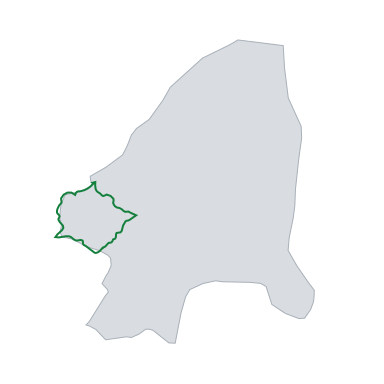 Cankuzo on a map of Burundi (Albers equal-area conic projection), rotated 186°
{"feature_id": "BDI-2632", "entity_name": "Cankuzo", "entity_type": "Province", "adm_level": 1, "iso_a3": "BDI", "parent_name": "Burundi", "parent_adm1": "", "projection": "albers", "projection_center": [30.587, -3.141], "detail": "fine", "context": "in_parent", "style": "outline", "palette": "green", "viewbox_px": 384, "rotation_deg": 186, "n_neighbors": 0, "source": "natural_earth", "source_scale": "10m", "svg_char_len": 2368}
<svg xmlns="http://www.w3.org/2000/svg" viewBox="0 0 384 384"><g transform="rotate(186 192 192)"><path d="M283.5,48.7L280.6,52.5L267.3,79.8L264.7,83.8L266.2,86.4L271.9,91.5L268.6,100.1L267.2,102.4L264.7,110.4L266.1,117.8L269.3,120.5L277.9,124.0L290.9,126.6L306.2,132.7L316.5,133.8L318.9,138.2L318.4,146.1L321.0,153.0L321.0,165.2L317.9,176.0L302.2,181.1L294.1,186.6L291.9,189.4L293.9,192.6L294.9,197.0L280.1,207.7L264.9,221.7L261.2,231.2L258.2,242.4L253.7,249.5L242.1,259.8L230.3,280.6L224.5,294.0L195.5,326.3L169.7,342.5L162.2,348.0L116.6,347.1L113.0,325.3L106.1,295.6L90.3,268.7L88.6,257.5L89.3,235.9L89.4,205.4L88.3,189.0L88.6,177.1L90.6,156.3L90.3,143.9L80.0,129.6L67.1,114.5L60.1,107.0L59.7,101.0L59.7,95.5L61.8,87.4L66.8,78.3L72.4,77.3L86.3,80.9L100.8,88.5L108.5,105.8L114.4,108.3L125.1,108.2L152.4,105.9L159.1,106.2L171.6,102.1L183.9,94.8L187.4,87.2L190.3,70.3L192.9,39.9L199.2,39.5L216.4,50.4L220.1,51.1L223.7,50.7L229.7,45.3L237.0,41.0L242.4,41.1L262.4,36.0L273.2,45.2L280.0,48.0L283.5,48.7Z" fill="#d9dde1" stroke="#a8b0b8" stroke-width="1"/><path d="M274.1,127.7L274.1,127.8L274.8,127.5L277.7,123.5L279.4,122.1L281.4,121.3L282.6,121.5L292.0,127.2L294.0,128.0L294.6,128.4L295.0,129.3L295.4,131.7L295.8,132.3L297.7,132.7L299.2,132.3L300.7,131.8L302.5,131.7L304.2,132.3L307.6,134.5L309.5,135.1L312.9,134.8L319.7,132.9L323.1,132.9L322.1,134.6L321.7,135.4L317.2,140.6L316.2,142.9L316.9,145.1L320.5,148.4L321.9,150.4L322.0,151.2L321.3,153.2L321.1,154.0L321.7,155.1L323.5,156.5L324.1,157.5L324.3,159.4L324.0,161.2L322.8,164.6L320.7,167.6L320.8,168.7L321.4,171.2L321.5,172.1L319.3,176.0L315.8,178.4L311.8,178.8L307.9,176.9L307.5,178.7L306.6,180.0L305.1,180.8L303.4,181.0L299.4,182.5L296.2,184.5L293.4,187.0L290.8,190.3L291.8,190.8L289.2,191.8L289.0,188.5L288.1,184.8L287.0,183.1L285.4,181.9L283.9,181.3L282.6,180.4L281.5,179.4L280.0,178.7L278.2,179.5L276.7,180.5L272.6,179.6L269.4,177.0L269.1,175.0L269.3,173.0L268.4,171.2L267.0,169.7L264.9,168.7L262.5,168.5L260.2,167.6L258.2,166.1L256.5,165.3L253.1,165.9L251.9,165.3L250.6,164.8L245.1,163.0L251.1,157.8L252.2,157.1L254.2,156.5L255.1,155.8L256.8,151.9L257.0,151.7L257.8,146.1L258.9,144.4L262.7,143.4L263.1,142.3L263.0,139.3L263.5,137.6L264.5,137.0L265.5,136.6L266.2,134.3L266.9,133.5L268.0,133.0L269.4,132.8L270.2,132.0L272.5,128.8L274.0,127.8L274.1,127.7Z" fill="none" stroke="#15803d" stroke-width="2"/></g></svg>